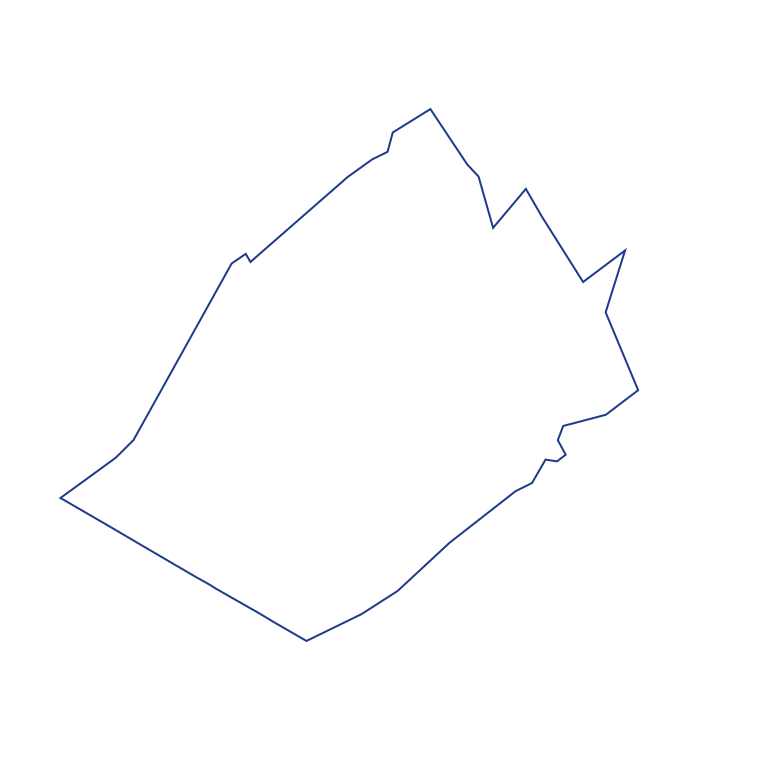 the district of Bedford, Pennsylvania, United States of America, rotated 30°
{"feature_id": "52423323B14899262038475", "entity_name": "Bedford", "entity_type": "district", "adm_level": 2, "iso_a3": "USA", "parent_name": "United States of America", "parent_adm1": "Pennsylvania", "projection": "albers", "projection_center": [-78.468, 40.025], "detail": "fine", "context": "isolated", "style": "outline", "palette": "blue", "viewbox_px": 768, "rotation_deg": 30, "n_neighbors": 0, "source": "geoboundaries", "source_scale": "gbopen_adm2", "svg_char_len": 681}
<svg xmlns="http://www.w3.org/2000/svg" viewBox="0 0 768 768"><g transform="rotate(30 384 384)"><path d="M445.3,645.3L479.6,594.5L499.3,556.3L520.1,488.8L551.5,411.1L561.7,395.7L561.7,368.7L572.5,364.5L576.7,354.4L562.6,345.7L560.2,330.7L591.5,299.7L607.2,262.3L540.1,211.1L526.0,147.8L505.4,196.1L436.5,159.8L409.3,144.1L400.4,194.2L362.2,157.1L346.4,152.3L286.7,122.7L265.8,161.8L267.4,167.6L268.4,171.4L271.0,181.1L261.5,195.3L249.1,222.7L207.3,345.1L199.2,340.4L191.8,355.9L195.1,557.8L188.5,582.1L160.8,644.5L217.2,644.6L260.6,644.9L292.5,645.1L315.3,645.2L334.9,645.0L340.7,645.3L391.4,645.0L406.5,645.3L445.3,645.3Z" fill="none" stroke="#1e3a8a" stroke-width="2"/></g></svg>